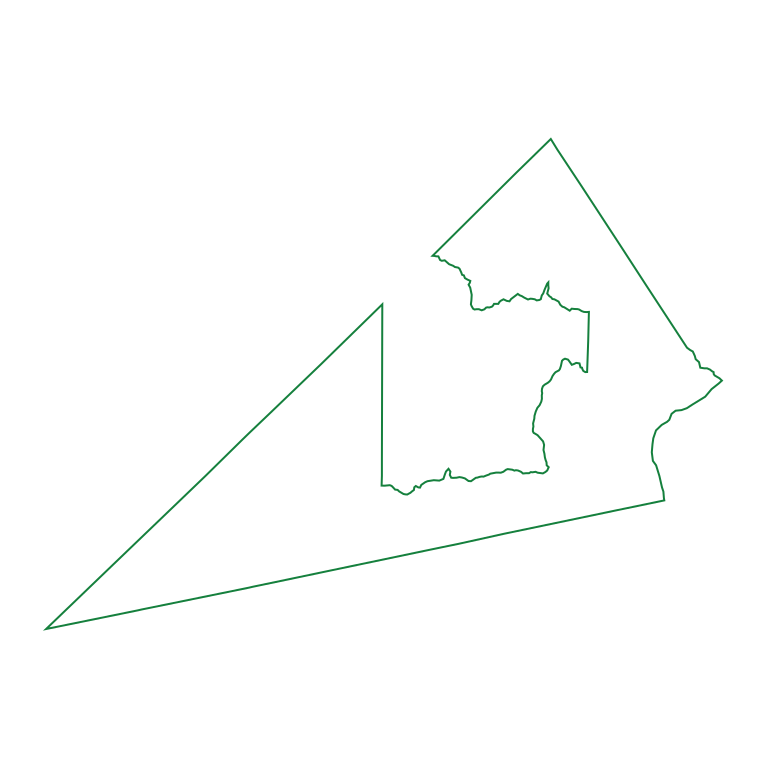 Xinguara, Pará, Brazil (Natural Earth projection)
{"feature_id": "56859067B29477018640245", "entity_name": "Xinguara", "entity_type": "district", "adm_level": 2, "iso_a3": "BRA", "parent_name": "Brazil", "parent_adm1": "Pará", "projection": "natural_earth1", "projection_center": [-49.485, -6.849], "detail": "fine", "context": "isolated", "style": "outline", "palette": "green", "viewbox_px": 768, "rotation_deg": 0, "n_neighbors": 0, "source": "geoboundaries", "source_scale": "gbopen_adm2", "svg_char_len": 3413}
<svg xmlns="http://www.w3.org/2000/svg" viewBox="0 0 768 768"><path d="M46.1,629.0L138.1,610.3L141.6,609.5L249.2,587.6L252.6,586.8L296.7,577.6L330.6,570.5L425.3,550.7L442.2,547.2L458.3,543.9L503.9,533.8L616.5,510.3L664.3,500.4L663.9,498.1L663.4,491.6L662.0,487.4L659.4,476.0L656.1,465.3L652.9,460.9L651.8,452.3L652.5,444.1L653.3,438.3L656.0,430.4L661.7,424.9L665.0,423.0L667.0,421.9L669.3,419.8L671.6,413.8L675.6,410.7L681.5,410.1L686.8,408.2L692.5,404.5L705.2,396.7L711.6,389.1L718.7,383.5L721.9,380.6L719.5,378.3L714.6,375.4L713.7,374.0L713.6,372.1L712.1,371.3L710.0,369.6L707.0,368.3L704.2,368.3L700.3,367.7L699.0,362.1L695.7,359.2L694.8,355.9L692.8,351.5L690.1,350.0L687.0,347.7L646.5,285.8L621.3,247.0L581.3,185.8L557.4,149.7L550.8,139.0L516.3,172.7L432.6,255.8L434.3,255.9L436.1,256.3L438.4,256.4L440.1,260.0L441.8,260.8L444.7,260.3L449.1,264.2L453.2,265.8L454.9,267.0L458.1,267.6L459.5,268.7L461.2,272.3L462.1,274.8L463.9,275.4L464.9,278.1L467.5,279.6L470.3,280.9L469.8,282.8L468.6,284.7L470.2,287.6L471.7,294.8L471.4,300.3L470.9,304.3L471.6,306.1L473.1,308.7L474.5,309.5L476.7,309.2L478.9,309.2L481.7,310.3L484.4,309.3L486.1,307.6L487.5,307.3L489.3,307.5L491.9,306.7L493.0,305.6L494.0,303.9L498.3,303.9L499.4,302.0L500.7,300.8L503.5,299.3L506.8,300.9L509.5,301.3L511.1,299.0L517.8,293.9L519.7,295.3L521.8,296.1L524.2,297.6L528.0,299.5L530.3,298.7L532.0,298.8L534.8,299.3L536.7,300.4L539.3,300.0L540.8,299.2L541.8,295.4L543.2,293.5L544.5,289.9L547.2,283.6L548.3,282.4L548.3,285.3L548.6,288.3L547.2,293.6L549.5,296.3L551.1,297.3L552.4,299.0L554.4,299.3L558.6,301.6L560.3,304.8L562.4,306.7L564.3,307.3L565.9,308.3L569.7,310.7L571.7,308.7L574.6,309.0L577.5,309.1L579.1,309.5L581.7,311.1L583.9,311.9L586.5,312.1L588.9,311.9L588.2,341.1L587.1,372.0L585.3,372.1L583.3,370.9L582.5,369.4L582.0,367.7L580.5,367.4L579.5,363.4L576.2,362.9L574.0,364.0L571.8,364.8L569.1,361.0L568.0,359.6L565.0,358.7L563.2,359.6L562.0,360.8L560.9,366.0L559.9,369.0L558.9,370.4L555.5,372.2L554.0,373.9L552.5,376.1L551.0,379.5L549.6,381.3L547.8,382.8L544.6,384.7L542.9,386.3L542.0,388.8L541.8,391.2L542.2,393.1L541.8,395.3L541.9,398.9L541.3,401.6L539.6,405.2L537.4,407.8L535.8,411.4L534.5,415.8L534.3,418.7L533.1,423.4L533.4,426.6L532.9,429.0L532.9,431.4L533.7,432.9L535.5,433.9L537.6,435.2L543.1,441.4L544.1,444.9L543.5,450.0L544.4,453.6L544.9,457.4L545.7,460.3L546.5,462.3L546.7,465.3L548.7,467.2L547.2,470.5L545.4,472.0L542.9,473.4L539.9,473.0L537.6,472.7L535.6,471.8L532.5,472.3L530.8,472.1L529.0,473.2L526.1,473.2L523.0,473.5L521.0,471.8L518.0,470.5L515.9,470.2L514.4,470.6L512.3,469.7L507.7,469.1L506.1,469.7L503.3,471.8L500.8,472.7L498.5,472.6L496.1,472.6L490.2,473.7L488.9,474.6L486.3,475.5L483.6,476.6L481.5,476.5L479.5,476.9L477.4,477.6L475.8,477.8L471.0,481.2L468.5,481.0L464.9,478.4L461.9,477.5L459.4,477.1L456.6,477.7L453.0,477.9L451.2,477.7L449.8,474.9L450.4,471.6L448.5,468.8L446.0,471.5L445.0,474.1L443.4,478.9L439.3,480.6L433.8,480.2L427.5,481.2L425.2,482.2L421.3,484.9L420.0,487.6L418.3,487.4L415.8,486.0L414.3,487.3L413.9,490.0L412.0,491.4L410.4,492.8L408.7,493.7L407.3,494.5L405.5,494.4L403.5,494.0L399.0,491.3L397.6,489.9L395.1,489.6L393.1,487.4L391.6,485.9L389.8,485.2L384.5,485.7L381.6,485.6L381.9,475.8L381.9,463.7L381.9,459.2L382.3,304.3L352.3,333.6L320.9,364.3L268.9,414.2L249.4,432.8L242.5,439.5L205.6,475.8L182.7,497.8L112.9,564.8L105.0,572.4L46.1,629.0Z" fill="none" stroke="#15803d" stroke-width="2"/></svg>